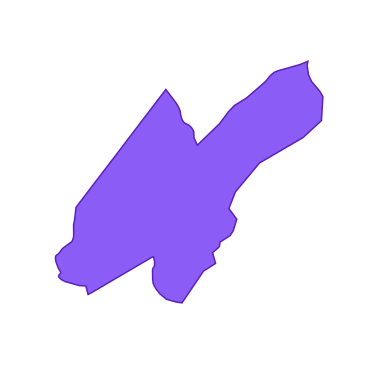 the Canton of Neuchâtel, rotated 167°
{"feature_id": "CHE-161", "entity_name": "Neuchâtel", "entity_type": "Canton", "adm_level": 1, "iso_a3": "CHE", "parent_name": "Switzerland", "parent_adm1": "", "projection": "albers", "projection_center": [6.837, 47.007], "detail": "fine", "context": "isolated", "style": "filled", "palette": "violet", "viewbox_px": 384, "rotation_deg": 167, "n_neighbors": 0, "source": "natural_earth", "source_scale": "10m", "svg_char_len": 1282}
<svg xmlns="http://www.w3.org/2000/svg" viewBox="0 0 384 384"><g transform="rotate(167 192 192)"><path d="M49.7,293.3L51.4,289.2L52.1,280.1L50.7,272.9L44.8,261.4L43.0,255.5L49.8,232.5L71.5,220.1L119.7,205.1L149.6,182.4L159.8,167.6L154.5,155.4L160.5,145.0L164.7,140.9L175.9,136.9L177.6,132.7L179.2,131.6L185.6,128.3L185.1,117.1L198.5,112.4L226.7,86.2L231.9,88.2L241.1,93.2L246.2,100.0L248.9,105.8L249.9,109.2L250.4,111.9L249.9,116.2L248.1,124.6L247.7,125.5L247.2,126.5L245.5,128.2L245.0,128.8L244.0,133.5L244.2,137.6L245.3,137.6L313.2,116.3L316.3,115.5L316.6,124.4L322.8,126.1L335.8,133.3L339.2,136.3L341.0,139.2L340.9,140.3L340.3,141.0L339.2,141.8L338.5,142.3L338.0,143.0L338.2,144.1L338.5,145.2L338.9,146.2L339.4,147.9L340.1,153.1L340.2,154.8L340.2,156.6L340.0,157.7L339.7,159.2L339.0,160.4L337.6,161.2L336.1,161.8L334.8,162.7L331.9,165.3L330.2,166.4L320.2,170.7L318.6,172.8L317.2,175.7L314.8,186.6L312.7,191.2L308.5,203.1L274.9,231.0L257.7,245.2L243.3,257.2L194.4,297.8L187.0,281.2L186.2,278.6L185.4,274.3L185.7,268.1L185.3,264.4L184.0,261.1L180.3,258.1L177.9,254.7L176.7,250.8L177.8,244.5L176.3,236.4L149.9,252.3L138.0,262.3L131.1,266.8L117.6,271.4L95.7,283.0L89.5,287.8L85.0,290.1L81.1,290.8L58.0,291.9L49.7,293.3Z" fill="#8b5cf6" stroke="#5b21b6" stroke-width="1.5"/></g></svg>